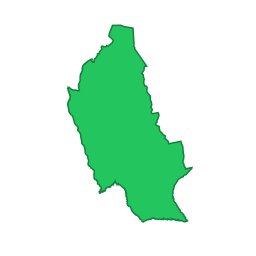 the district of Sene West, Brong Ahafo, Ghana, rotated 348°
{"feature_id": "2480657B37380438315906", "entity_name": "Sene West", "entity_type": "district", "adm_level": 2, "iso_a3": "GHA", "parent_name": "Ghana", "parent_adm1": "Brong Ahafo", "projection": "natural_earth1", "projection_center": [-0.653, 7.749], "detail": "fine", "context": "isolated", "style": "filled", "palette": "green", "viewbox_px": 256, "rotation_deg": 348, "n_neighbors": 0, "source": "geoboundaries", "source_scale": "gbopen_adm2", "svg_char_len": 5833}
<svg xmlns="http://www.w3.org/2000/svg" viewBox="0 0 256 256"><g transform="rotate(348 128 128)"><path d="M153.6,31.3L145.4,28.1L142.2,26.0L134.2,24.4L129.5,31.5L128.4,34.2L131.6,38.5L131.8,39.1L131.3,40.0L130.1,41.5L126.6,43.2L125.0,43.5L124.8,43.5L124.3,43.0L123.9,43.6L122.1,43.8L121.2,43.6L120.7,43.0L120.0,42.5L119.0,42.7L118.7,43.3L118.8,45.7L117.1,46.7L116.0,47.6L115.2,49.3L114.8,49.0L113.5,49.2L113.3,49.8L113.4,50.5L111.4,52.4L110.9,53.2L110.1,53.2L109.3,53.9L108.9,54.6L108.8,55.9L108.2,56.6L107.9,56.5L107.4,55.8L106.9,56.0L106.9,55.4L106.4,55.0L107.2,53.3L106.6,53.0L103.6,53.9L101.5,54.8L100.8,55.5L99.5,56.2L99.4,55.9L98.6,56.6L98.2,56.7L96.8,57.8L95.9,59.4L96.0,60.2L95.4,60.6L95.6,61.7L95.3,62.5L94.9,62.7L94.9,63.0L94.4,63.5L94.0,64.4L93.9,64.2L93.2,64.9L92.4,66.3L91.4,69.4L91.5,69.9L90.9,71.9L89.8,73.8L89.1,74.4L88.6,75.2L88.7,75.6L88.3,76.8L88.5,76.9L88.5,77.4L88.2,78.0L88.3,80.4L88.0,80.9L88.1,81.3L86.6,81.0L84.0,79.8L82.2,79.5L80.9,78.6L78.8,76.1L78.3,76.1L78.1,76.3L78.0,76.1L77.9,76.5L77.7,76.4L77.5,76.5L77.5,76.9L77.3,76.9L77.5,77.6L77.3,78.2L77.7,78.8L77.4,79.3L77.6,80.7L77.8,80.8L77.6,81.6L77.8,82.4L78.1,82.6L78.2,83.2L77.8,83.7L78.0,85.4L77.4,86.9L77.0,87.4L76.8,88.1L76.4,88.5L75.9,88.6L75.5,89.4L75.0,89.9L74.9,90.5L74.4,91.0L74.1,91.8L73.8,92.9L74.0,94.1L73.8,94.9L74.0,97.1L73.6,98.8L73.9,100.6L74.3,101.7L75.3,103.5L75.9,104.0L76.4,105.6L76.5,108.0L76.8,109.9L76.7,111.4L76.8,112.5L77.8,114.5L79.1,116.1L79.2,116.9L79.1,117.5L79.3,117.8L78.6,118.7L78.4,119.7L78.5,119.9L78.5,120.4L79.5,121.6L80.1,123.3L80.2,125.7L80.0,126.3L79.9,129.2L80.1,129.4L79.9,130.7L80.1,130.9L79.9,131.2L79.6,133.5L80.5,135.3L81.3,136.0L81.4,141.0L81.0,142.9L81.2,144.7L81.7,145.6L82.6,146.4L82.7,146.8L82.5,148.9L82.7,151.8L82.2,153.2L81.7,153.8L81.4,155.1L81.4,155.6L82.2,157.3L83.0,157.8L83.6,159.6L84.1,159.9L84.8,160.9L85.0,161.5L85.5,161.7L86.1,162.8L85.9,164.4L85.5,164.6L85.3,165.7L85.1,165.9L84.7,168.1L84.8,168.6L84.4,170.2L84.8,170.6L84.7,171.1L85.3,171.8L86.2,172.2L86.3,173.0L87.3,173.5L87.2,174.0L86.8,174.7L86.7,176.4L87.6,176.9L87.8,177.6L88.5,178.9L88.5,179.5L89.5,180.5L89.5,181.8L89.1,182.1L88.7,182.1L88.1,182.4L88.4,183.5L86.7,184.1L86.8,184.9L86.5,185.5L87.2,186.0L88.1,185.5L88.5,184.9L89.6,185.3L89.8,184.9L90.3,185.2L90.7,184.5L91.0,184.9L91.8,184.5L91.9,184.8L92.4,184.8L92.7,184.1L93.1,183.8L93.1,183.3L94.0,182.5L94.2,182.1L94.7,182.1L95.6,181.7L96.7,181.5L96.9,181.8L97.4,181.8L97.9,182.3L99.1,181.4L99.6,180.7L100.5,180.5L101.1,179.9L101.5,180.0L101.8,179.8L101.9,180.2L102.1,179.8L102.7,179.6L102.7,178.9L103.1,178.4L104.4,177.2L104.4,178.9L105.5,180.3L105.5,181.1L106.6,180.1L106.8,180.1L107.1,181.5L107.5,181.3L108.0,181.6L108.6,182.5L109.8,183.5L110.1,184.5L111.0,185.7L112.1,186.1L112.3,186.5L112.0,188.0L112.7,188.6L112.7,189.3L112.5,189.9L112.7,190.5L112.2,191.0L112.2,191.5L112.6,191.8L112.8,192.4L112.2,192.8L112.2,193.1L112.3,193.4L111.9,194.0L111.9,194.8L112.5,195.3L112.8,196.0L112.0,197.3L112.3,198.4L111.7,199.6L112.0,199.9L112.1,200.3L111.9,200.6L111.9,201.0L111.4,201.5L111.6,201.9L111.5,203.3L112.5,204.4L112.6,204.9L113.4,205.1L114.0,205.8L114.3,208.0L114.8,208.3L114.5,209.5L114.6,210.0L115.4,211.1L115.7,212.2L115.9,212.2L116.6,213.4L116.8,213.3L117.5,214.5L117.7,214.8L118.3,214.6L118.6,214.8L118.6,215.2L120.1,217.1L120.2,217.9L120.7,218.7L120.8,219.6L122.4,221.0L122.5,221.7L122.3,222.2L122.8,222.7L123.5,223.1L123.9,223.0L124.6,222.4L126.7,222.2L127.7,221.6L129.4,222.0L129.9,221.8L131.5,222.0L132.3,221.3L133.0,221.2L134.0,221.6L134.5,221.3L135.5,222.6L136.0,222.9L136.9,222.9L137.4,223.0L137.8,223.4L139.1,223.7L139.7,223.5L140.3,224.0L141.1,224.1L141.8,224.5L142.3,224.5L142.6,223.9L143.0,224.0L143.2,224.7L143.5,224.9L144.2,224.4L144.4,223.9L145.4,225.0L146.2,225.4L147.1,225.2L147.4,225.9L147.8,225.7L148.0,225.2L148.3,225.1L149.2,226.0L150.0,226.2L150.9,226.9L151.7,226.5L151.7,226.1L152.3,226.8L153.4,226.4L154.2,227.2L154.9,227.1L155.1,227.9L156.0,228.3L156.5,228.2L156.9,228.7L157.4,228.6L157.5,228.4L157.4,228.3L157.7,227.9L158.1,228.2L158.0,228.3L158.2,229.1L158.7,229.4L159.0,229.4L159.0,229.2L159.6,229.2L160.0,229.6L161.5,229.9L163.0,231.1L164.0,231.5L164.7,231.6L165.5,231.3L166.3,231.5L166.9,231.2L166.6,230.5L165.9,230.0L165.6,229.1L165.3,228.7L165.6,227.6L165.4,227.0L164.6,226.4L164.6,224.5L163.8,223.6L163.4,222.5L161.9,221.2L162.0,219.3L160.8,217.3L160.7,216.2L159.9,215.0L159.5,212.8L158.7,210.9L158.3,210.5L157.6,209.3L157.6,208.5L158.1,207.2L158.1,206.4L157.4,205.9L157.2,205.5L157.9,204.8L157.6,203.8L157.7,202.5L158.5,201.0L159.0,198.3L159.4,197.5L159.6,197.5L160.2,196.9L160.3,196.1L161.2,194.6L161.2,194.0L162.6,192.9L164.3,191.0L165.4,190.3L165.5,189.4L165.9,189.0L167.1,188.5L167.6,188.1L168.3,188.1L170.1,187.2L171.7,187.3L172.6,186.2L173.4,185.8L174.1,185.6L174.9,185.8L175.8,185.0L176.8,184.5L177.9,183.4L181.3,181.2L182.2,180.5L182.4,180.0L178.8,179.9L175.9,180.1L175.9,178.7L175.4,178.2L175.1,176.8L175.1,174.5L174.6,173.2L175.0,171.6L176.2,169.3L177.0,166.1L176.8,164.2L177.0,163.4L176.9,163.1L177.3,161.3L177.3,159.9L177.7,158.5L177.6,156.6L177.2,155.3L177.0,152.0L164.6,151.9L164.4,149.2L161.9,145.6L162.7,144.1L162.7,143.4L162.3,142.9L160.8,141.8L160.5,140.4L159.2,138.6L158.5,137.2L158.5,135.3L158.9,133.1L156.6,131.5L156.0,130.5L156.1,129.4L156.9,128.6L157.6,128.3L157.9,126.6L159.3,125.2L159.7,123.9L160.8,122.4L161.0,120.7L160.6,119.2L155.2,119.1L154.5,118.7L154.1,118.1L154.2,116.9L154.7,116.2L155.3,115.9L155.5,114.8L154.7,112.3L155.7,110.9L156.2,109.9L156.1,107.1L155.7,104.5L156.4,102.3L156.4,101.0L155.1,98.9L153.9,96.0L155.1,92.6L154.9,91.1L154.1,90.6L153.4,90.6L152.7,87.8L153.3,84.9L153.8,84.4L154.0,83.7L153.7,81.0L154.0,79.3L152.8,77.5L155.8,74.6L156.4,72.0L157.7,71.2L159.1,71.4L151.0,52.0L151.3,51.0L151.0,50.6L150.7,49.1L151.4,46.8L153.6,31.3Z" fill="#22c55e" stroke="#15803d" stroke-width="1.5"/></g></svg>